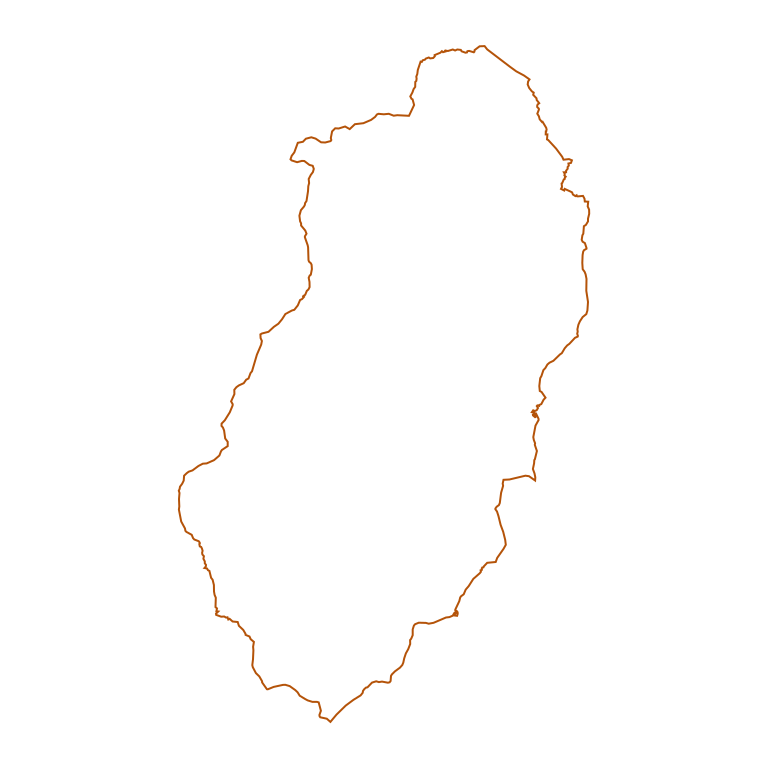 outline of Ieud, Maramures, Romania
{"feature_id": "2599482B19254849512468", "entity_name": "Ieud", "entity_type": "district", "adm_level": 2, "iso_a3": "ROU", "parent_name": "Romania", "parent_adm1": "Maramures", "projection": "orthographic", "projection_center": [24.211, 47.638], "detail": "fine", "context": "isolated", "style": "outline", "palette": "amber", "viewbox_px": 768, "rotation_deg": 0, "n_neighbors": 0, "source": "geoboundaries", "source_scale": "gbopen_adm2", "svg_char_len": 6072}
<svg xmlns="http://www.w3.org/2000/svg" viewBox="0 0 768 768"><path d="M330.4,721.9L336.5,714.6L345.7,705.6L353.5,699.8L360.6,695.4L362.7,692.8L363.0,690.9L364.3,689.1L366.0,687.6L367.5,687.3L372.0,682.6L376.2,681.3L378.9,682.1L382.0,681.6L387.9,682.7L389.6,682.3L390.6,681.0L391.0,675.9L391.9,674.4L395.0,671.3L399.9,667.7L402.3,665.0L403.3,662.6L404.2,658.4L405.9,653.3L408.2,649.2L410.2,644.0L410.1,640.1L411.2,638.7L412.7,635.2L412.7,629.4L413.9,625.6L415.1,624.2L418.8,622.7L425.9,622.9L428.7,623.7L433.6,622.8L446.0,617.5L449.4,617.1L452.7,615.7L454.3,613.0L455.8,612.2L456.2,612.8L454.7,614.3L454.6,615.5L457.1,615.8L457.7,613.8L457.6,612.2L456.6,610.9L455.3,610.5L455.3,609.6L459.3,601.1L460.2,597.5L461.0,596.3L463.7,594.3L465.7,589.6L468.7,586.1L473.3,578.9L479.8,573.2L480.9,571.8L480.6,570.3L481.9,569.8L481.8,568.3L482.3,567.5L483.4,567.4L483.9,566.3L487.2,562.8L495.7,562.0L497.2,557.9L503.5,548.9L505.8,544.8L505.2,539.9L503.2,531.8L500.6,524.8L498.5,516.2L497.0,511.5L495.4,509.3L495.4,508.5L496.7,506.7L498.9,505.1L499.8,503.0L501.1,492.8L503.1,485.8L502.7,483.6L503.5,479.8L509.4,479.5L525.4,475.7L529.0,476.2L535.1,480.5L535.3,477.3L534.5,473.4L532.9,469.0L534.1,463.3L534.3,460.1L534.9,459.2L536.9,451.0L534.8,444.8L535.1,443.3L533.8,439.9L533.3,437.1L535.5,425.6L538.6,420.0L538.5,418.7L536.0,413.5L535.4,413.6L535.4,417.1L535.1,417.2L533.0,415.4L532.9,414.7L533.3,414.5L534.6,415.0L534.8,413.8L534.5,412.8L531.9,412.2L533.2,410.3L534.8,411.0L536.7,410.2L538.0,408.0L536.8,406.1L537.4,405.4L539.1,405.8L539.1,405.1L541.3,404.1L543.6,399.7L545.5,397.7L541.6,392.0L539.8,391.0L539.3,386.0L540.2,378.2L541.4,376.1L543.4,370.1L545.3,368.1L547.4,364.5L549.5,362.7L553.4,360.8L560.0,354.4L561.8,353.2L564.7,348.3L567.2,345.4L569.3,343.9L575.0,337.8L577.7,336.6L577.9,335.9L577.2,333.7L577.7,331.7L577.4,329.3L578.4,324.7L579.9,321.3L582.7,317.0L586.3,314.1L587.4,310.5L588.0,302.0L586.3,290.8L586.5,278.9L585.6,274.3L584.6,271.8L582.7,269.2L582.3,262.9L582.6,255.0L583.2,251.6L584.0,250.2L586.5,248.7L586.5,248.0L584.9,243.1L582.6,241.7L581.7,239.8L582.4,235.3L583.3,233.7L583.9,226.2L585.9,224.9L588.0,221.4L588.0,218.7L589.2,213.8L589.1,209.6L587.7,206.4L588.2,201.7L584.8,201.5L584.5,198.7L583.0,195.9L577.8,196.4L576.9,196.2L576.6,195.3L575.4,196.1L572.9,194.5L572.1,192.4L570.4,191.5L564.7,188.9L564.2,190.5L561.0,188.9L562.0,187.0L561.6,183.5L562.2,183.1L563.8,179.4L564.7,179.0L564.9,177.4L565.7,176.7L564.4,175.4L564.8,173.9L563.9,172.3L566.1,172.2L566.1,170.7L567.7,168.7L567.6,167.1L568.8,165.6L568.4,163.5L571.0,162.9L571.9,160.3L569.0,159.1L563.5,159.7L562.2,156.8L556.1,148.6L548.3,140.1L547.0,139.4L547.4,134.4L545.7,134.4L545.8,131.5L546.2,131.5L546.6,129.5L546.2,127.8L542.6,121.8L542.1,122.1L539.7,119.3L538.9,116.3L537.3,113.7L538.9,109.6L538.8,108.6L537.2,107.0L537.2,105.7L537.6,104.5L539.2,103.2L536.7,100.0L536.5,98.3L533.2,94.8L533.7,92.6L531.9,91.4L529.2,88.0L527.7,84.5L528.1,81.5L529.5,79.4L524.0,75.5L516.2,71.3L509.9,66.7L487.2,49.4L484.6,46.1L479.6,46.3L474.6,50.1L474.4,51.7L473.8,52.3L469.1,50.9L467.4,51.2L467.0,52.4L465.5,52.7L461.6,51.3L460.8,49.9L457.3,49.5L455.1,50.5L452.8,49.5L447.9,51.0L445.3,50.5L445.0,50.8L445.4,51.5L443.0,52.2L441.9,51.2L440.4,52.7L434.6,55.1L434.8,56.3L433.2,58.0L430.2,58.4L428.8,57.5L425.8,58.6L424.9,59.7L422.7,60.3L421.8,61.9L420.6,61.6L417.8,70.0L417.3,74.0L416.3,76.6L416.6,78.7L416.3,80.9L415.3,81.9L415.2,86.9L413.6,89.1L412.4,92.5L410.3,96.4L411.5,98.8L412.6,99.4L414.1,105.0L409.0,115.8L397.3,115.2L393.7,115.7L388.8,113.8L383.8,114.3L378.4,113.8L376.9,114.5L375.1,116.9L371.1,119.9L363.4,123.2L354.9,124.2L349.7,129.1L345.1,126.5L338.7,128.5L335.2,128.3L332.1,131.4L330.8,138.1L331.3,140.0L330.6,141.1L325.2,142.5L321.1,142.3L315.6,138.6L311.3,137.3L305.9,138.7L302.9,141.8L297.8,142.8L294.3,152.4L291.7,155.8L290.5,159.3L291.6,160.4L297.1,162.2L301.9,160.9L304.3,161.0L309.4,164.9L312.7,165.8L313.8,168.9L312.9,172.1L310.8,174.9L308.7,179.0L309.1,183.1L308.3,186.2L308.0,191.3L306.5,201.0L305.1,203.1L304.8,205.0L304.0,206.5L300.9,210.2L299.4,215.7L300.1,221.3L301.1,223.4L301.1,225.5L305.3,230.6L306.5,233.7L304.9,236.3L304.9,237.3L307.7,245.3L308.1,247.4L308.5,260.1L309.0,261.6L310.9,263.3L311.6,264.8L311.9,269.1L310.8,274.7L309.7,275.5L308.7,277.8L309.5,282.0L309.6,287.1L308.4,289.5L306.8,290.9L305.2,294.8L303.3,296.0L303.1,296.5L303.9,297.0L302.0,299.1L300.1,300.0L297.8,305.4L294.3,309.8L291.9,310.5L285.4,314.0L282.0,319.3L278.4,323.7L273.8,326.9L268.5,331.8L261.9,333.5L260.4,334.4L260.6,338.1L261.9,341.0L261.2,344.6L256.9,354.7L252.0,371.3L250.5,373.1L248.5,378.5L246.2,379.7L243.7,383.2L238.9,385.4L236.4,387.2L234.3,389.8L234.4,394.1L231.1,401.4L232.7,404.2L232.6,405.5L229.8,412.3L224.8,420.3L221.6,423.6L221.5,425.9L222.9,427.5L224.1,430.5L225.2,438.5L227.7,441.8L227.7,446.1L222.0,449.9L221.0,451.3L219.4,455.5L214.1,460.1L206.7,463.4L202.8,463.7L198.4,466.0L192.5,470.4L188.7,471.7L186.7,473.2L184.1,475.7L183.7,480.6L182.2,483.7L180.0,486.7L179.6,489.0L178.8,490.7L179.5,493.0L179.0,499.1L179.3,506.5L178.9,509.6L181.2,521.5L185.0,528.5L185.4,530.8L186.4,531.9L191.7,534.8L193.1,538.2L194.3,539.5L198.7,541.2L199.7,542.6L199.8,543.5L199.3,544.0L199.8,546.4L201.2,547.0L202.0,548.7L202.6,550.8L202.1,552.8L202.4,554.5L203.9,556.2L203.4,558.8L204.8,561.4L204.8,563.3L206.0,564.9L205.8,566.5L204.5,568.0L207.0,568.5L208.0,570.2L209.4,570.9L211.1,577.8L212.6,579.7L213.9,585.0L214.0,591.5L214.6,594.9L215.8,597.7L215.5,607.1L217.0,608.4L216.4,611.3L218.2,611.5L216.0,613.7L216.2,614.9L221.2,616.7L224.2,616.5L226.1,617.6L227.5,617.3L228.3,619.5L229.6,618.8L232.6,621.5L237.7,622.0L238.9,625.8L243.3,630.0L245.5,633.8L245.6,634.9L249.5,636.5L250.7,639.2L253.9,641.9L253.1,646.8L253.4,650.4L253.0,659.3L252.3,665.1L252.8,667.2L255.9,673.1L259.3,676.4L262.1,681.3L262.1,682.4L266.9,689.2L267.8,689.3L273.7,686.9L282.9,684.9L285.3,684.8L289.7,686.1L295.3,690.1L297.6,692.3L299.7,695.7L305.1,699.0L307.7,700.4L312.5,701.9L317.1,701.9L318.7,702.4L320.9,710.8L319.4,715.0L319.6,716.3L320.3,717.3L326.8,718.7L330.4,721.9Z" fill="none" stroke="#b45309" stroke-width="2"/></svg>